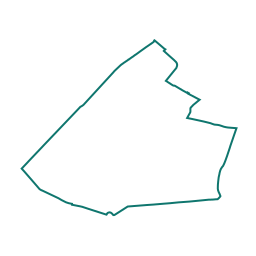 outline of Al Zaytun, Al Qahirah, Egypt, rotated 177°
{"feature_id": "37247803B62499095418831", "entity_name": "Al Zaytun", "entity_type": "district", "adm_level": 2, "iso_a3": "EGY", "parent_name": "Egypt", "parent_adm1": "Al Qahirah", "projection": "orthographic", "projection_center": [31.299, 30.1], "detail": "fine", "context": "isolated", "style": "outline", "palette": "teal", "viewbox_px": 256, "rotation_deg": 177, "n_neighbors": 0, "source": "geoboundaries", "source_scale": "gbopen_adm2", "svg_char_len": 3152}
<svg xmlns="http://www.w3.org/2000/svg" viewBox="0 0 256 256"><g transform="rotate(177 128 128)"><path d="M188.0,54.3L179.2,52.1L178.7,51.9L178.1,51.8L171.7,49.3L154.3,42.7L154.0,42.6L153.8,42.8L153.7,43.3L153.5,43.5L153.3,43.7L153.1,43.9L152.9,44.1L152.6,44.3L152.3,44.4L152.1,44.5L151.5,44.6L151.2,44.7L150.9,44.7L150.6,44.7L150.3,44.6L150.0,44.5L149.7,44.4L149.3,44.1L149.1,43.9L148.9,43.8L148.7,43.6L148.5,43.4L148.3,43.2L148.2,43.0L148.0,42.8L147.8,42.6L147.6,42.3L147.4,42.1L147.2,41.8L146.8,41.8L146.5,41.8L146.3,41.8L146.0,41.9L144.9,42.5L132.4,49.6L113.1,50.1L106.9,50.2L97.4,50.5L90.0,50.7L81.3,51.1L71.0,51.3L59.4,51.8L51.0,52.2L48.3,52.1L47.9,52.1L47.4,52.1L46.6,52.1L44.4,52.2L42.2,52.2L40.8,53.4L39.6,54.6L39.3,55.0L39.3,55.3L39.6,56.2L39.8,56.7L39.9,57.2L40.8,59.3L41.3,61.0L41.5,62.6L41.4,64.1L41.2,66.6L40.7,70.1L40.0,74.1L39.1,77.3L39.0,77.8L38.9,78.3L38.1,80.7L37.4,82.2L36.2,83.9L35.0,85.2L33.7,87.6L32.5,90.2L30.6,94.7L27.5,102.6L26.7,104.8L22.7,114.7L19.7,122.1L20.3,122.2L20.8,122.3L24.8,122.8L28.4,123.3L30.2,123.7L32.3,124.3L34.5,125.2L36.6,126.0L38.2,126.4L41.6,126.9L43.6,127.7L45.4,128.5L52.0,130.5L56.0,131.6L63.7,133.7L68.4,134.9L66.5,138.0L65.3,139.9L65.1,140.3L64.9,140.7L64.8,141.7L64.7,143.5L64.7,143.9L64.6,144.3L64.3,145.1L64.0,145.3L63.7,145.6L61.4,147.8L55.0,152.5L65.8,158.9L65.6,159.2L65.4,159.5L66.6,160.3L66.7,160.0L66.9,159.8L68.6,160.9L71.5,162.7L78.8,167.6L79.0,167.7L79.3,167.8L79.5,167.9L79.8,167.9L80.1,167.9L80.4,168.0L80.6,168.1L80.9,168.2L81.2,168.4L87.7,173.1L77.7,184.2L77.1,184.8L76.6,185.4L75.9,187.1L75.8,187.4L75.7,187.7L75.7,188.0L75.7,188.3L75.6,188.6L75.7,189.0L75.7,189.3L75.8,189.6L75.8,189.9L75.9,190.2L76.1,190.5L76.2,190.8L76.4,191.0L76.5,191.3L76.7,191.5L78.6,193.6L83.3,198.2L88.2,203.1L87.8,203.5L87.4,203.8L86.6,204.6L87.1,204.9L87.5,205.2L93.8,211.2L97.0,214.2L97.3,214.0L97.4,213.8L97.4,213.5L97.5,213.2L97.7,212.8L99.5,211.6L105.4,208.0L111.8,203.9L115.3,201.6L115.7,201.4L115.8,201.3L116.1,201.1L116.6,200.8L116.7,200.7L117.0,200.6L117.4,200.4L117.6,200.2L117.8,200.1L118.1,199.9L118.4,199.7L118.6,199.5L118.9,199.3L119.3,199.1L119.7,198.8L120.0,198.7L120.5,198.4L120.7,198.2L120.9,198.1L121.1,198.0L121.3,197.9L121.6,197.7L121.9,197.5L122.0,197.4L122.3,197.2L122.7,197.0L123.0,196.8L123.4,196.6L123.6,196.4L123.9,196.3L123.9,196.2L124.2,196.1L124.5,195.9L124.9,195.6L125.3,195.4L125.7,195.1L126.1,194.9L126.6,194.6L126.9,194.4L127.0,194.4L127.4,194.1L127.9,193.8L128.3,193.6L128.8,193.3L129.2,193.0L129.6,192.7L129.9,192.6L130.3,192.3L130.5,192.2L130.9,191.9L131.2,191.8L131.3,191.7L131.5,191.5L131.7,191.4L132.0,191.2L134.1,189.4L138.0,186.1L139.2,185.0L139.4,184.7L139.6,184.5L171.3,153.4L172.5,152.6L172.9,152.4L173.4,152.1L174.4,151.7L177.2,149.0L212.8,115.4L213.0,115.2L215.4,112.9L217.1,111.3L228.9,100.1L230.0,99.0L236.3,93.0L234.0,90.2L225.5,79.3L220.3,72.6L220.2,72.4L219.9,72.1L219.7,71.8L219.5,71.6L219.2,71.4L219.0,71.2L218.7,71.0L218.4,70.8L218.1,70.6L217.9,70.5L217.6,70.3L217.4,70.3L217.2,70.2L201.1,61.5L200.8,61.3L200.5,61.1L198.1,59.5L193.7,57.0L191.1,56.0L188.4,55.3L187.9,55.2L188.0,54.6L188.0,54.3Z" fill="none" stroke="#0f766e" stroke-width="2"/></g></svg>